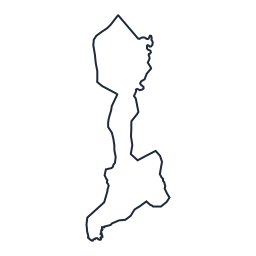 outline of Anambra East, Anambra, Nigeria
{"feature_id": "59680162B18196869714953", "entity_name": "Anambra East", "entity_type": "district", "adm_level": 2, "iso_a3": "NGA", "parent_name": "Nigeria", "parent_adm1": "Anambra", "projection": "orthographic", "projection_center": [6.879, 6.476], "detail": "fine", "context": "isolated", "style": "outline", "palette": "slate", "viewbox_px": 256, "rotation_deg": 0, "n_neighbors": 0, "source": "geoboundaries", "source_scale": "gbopen_adm2", "svg_char_len": 2388}
<svg xmlns="http://www.w3.org/2000/svg" viewBox="0 0 256 256"><path d="M97.2,82.0L102.2,86.1L116.5,93.7L117.2,94.4L117.2,94.7L111.8,106.1L111.1,110.4L108.8,118.4L108.1,122.7L108.2,127.1L111.9,132.8L113.3,138.5L114.3,144.9L114.4,150.4L115.7,157.0L114.9,163.0L113.6,164.4L112.8,167.0L111.4,168.1L105.9,169.4L104.6,175.3L106.4,179.0L107.4,180.2L107.1,181.2L106.9,182.6L108.0,183.9L108.7,185.9L108.1,187.6L107.4,190.0L107.5,190.9L104.2,202.3L87.3,217.6L86.5,224.4L87.2,231.8L88.3,236.0L88.0,237.6L88.9,238.1L89.5,239.1L90.6,239.8L91.6,240.6L92.8,240.6L93.3,239.5L93.8,239.4L94.4,239.1L95.0,239.1L95.2,238.5L96.1,238.2L97.0,238.1L97.7,238.7L98.2,239.3L99.3,239.6L99.8,239.8L100.3,239.8L100.9,239.4L100.9,238.8L100.6,237.8L101.8,237.5L101.9,237.2L102.1,236.9L102.4,236.8L102.3,236.6L102.3,235.8L101.6,235.7L101.8,234.9L101.8,234.3L100.8,234.0L101.1,233.5L100.9,233.3L101.4,233.0L101.2,232.5L101.1,231.7L101.1,231.1L101.5,230.5L101.7,230.4L101.5,230.0L101.9,229.7L102.4,229.5L101.9,228.5L101.9,228.4L102.0,227.2L104.2,227.3L104.2,226.6L109.1,225.4L110.5,225.0L112.0,223.4L119.0,220.4L125.4,219.8L130.7,215.8L133.3,211.5L134.5,209.6L138.3,207.1L138.6,207.1L146.5,201.4L147.4,202.4L150.4,205.0L151.6,205.3L153.1,206.5L161.0,206.5L166.6,202.0L169.5,197.6L166.8,193.1L164.6,188.4L165.0,187.4L165.3,185.7L164.7,184.5L164.3,182.3L163.1,181.0L163.1,180.3L163.0,180.1L162.9,179.9L163.0,179.7L163.0,179.2L162.9,179.2L162.8,178.7L162.6,178.3L161.6,177.5L159.8,174.1L162.0,161.8L160.0,155.8L155.6,150.9L145.3,156.2L137.6,160.3L130.8,154.1L132.3,145.1L131.0,136.4L131.3,129.4L131.3,124.2L131.4,121.3L137.4,113.7L137.5,113.4L138.4,111.9L135.8,98.7L134.0,96.0L136.0,91.6L136.1,89.5L136.9,89.0L138.0,89.2L139.8,90.2L142.4,89.5L143.6,88.4L143.5,86.9L140.8,84.7L140.1,83.2L141.2,81.3L144.6,79.3L146.6,73.9L151.1,68.5L150.8,67.5L147.8,62.6L149.6,58.6L149.4,57.0L148.7,55.2L148.7,54.2L149.8,53.9L150.9,52.3L150.4,50.7L148.9,50.0L147.6,49.4L147.0,48.3L147.0,45.9L147.4,45.2L148.4,45.3L149.5,46.5L150.9,46.5L152.3,45.0L152.8,42.5L151.9,40.3L151.4,39.9L151.7,37.7L151.1,35.9L149.9,35.7L149.2,37.5L148.4,38.8L147.2,39.0L146.4,38.8L145.7,38.1L144.9,37.7L143.3,37.4L141.6,37.6L139.3,38.9L138.0,38.5L118.3,15.4L117.9,15.5L115.1,19.0L110.7,24.7L107.4,28.0L101.6,31.9L96.3,35.8L93.8,39.7L93.3,45.4L94.0,49.3L94.9,54.8L95.0,55.5L95.7,62.7L97.3,71.2L97.3,78.5L97.2,82.0Z" fill="none" stroke="#1e293b" stroke-width="2"/></svg>